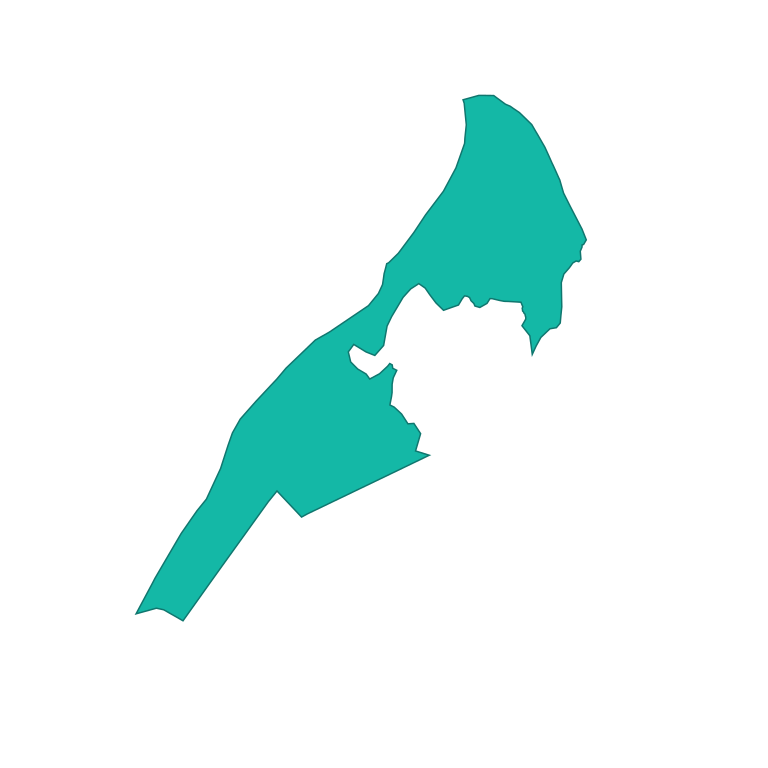 Takum, Taraba, Nigeria (Equal Earth projection), rotated 23°
{"feature_id": "59680162B27926848768432", "entity_name": "Takum", "entity_type": "district", "adm_level": 2, "iso_a3": "NGA", "parent_name": "Nigeria", "parent_adm1": "Taraba", "projection": "equal_earth", "projection_center": [9.974, 7.054], "detail": "fine", "context": "isolated", "style": "filled", "palette": "teal", "viewbox_px": 768, "rotation_deg": 23, "n_neighbors": 0, "source": "geoboundaries", "source_scale": "gbopen_adm2", "svg_char_len": 2391}
<svg xmlns="http://www.w3.org/2000/svg" viewBox="0 0 768 768"><g transform="rotate(23 384 384)"><path d="M345.7,91.5L348.1,94.2L358.5,113.3L362.4,126.0L363.9,130.2L364.2,131.2L365.8,156.9L363.4,183.3L356.2,211.9L352.3,232.8L346.1,258.1L345.1,260.5L340.9,270.6L339.5,272.2L340.4,278.1L341.0,282.4L342.3,287.2L343.8,293.0L343.5,302.9L339.1,317.9L338.8,318.4L313.4,357.6L303.6,370.4L296.5,387.0L288.1,406.6L287.7,407.5L283.4,421.4L280.5,429.2L273.0,449.7L265.4,472.4L263.6,488.2L264.4,501.1L266.1,520.1L266.6,525.6L265.5,559.4L261.4,573.7L259.4,583.1L257.8,590.9L255.7,600.9L250.2,643.7L249.1,652.3L248.7,657.6L246.2,685.4L245.6,692.4L262.1,679.3L269.4,677.9L291.5,680.5L300.6,639.3L300.9,637.9L306.1,614.6L323.5,537.6L327.3,524.3L360.1,538.7L364.3,533.4L424.7,464.7L434.0,454.1L451.1,434.6L453.5,431.9L439.2,433.3L437.1,415.4L426.9,408.6L421.6,411.3L412.0,404.8L402.4,401.3L397.6,401.0L395.9,392.9L394.8,388.8L391.6,381.1L390.1,374.7L390.4,366.4L385.9,366.1L384.1,363.2L381.3,362.9L380.4,366.2L375.9,376.3L368.9,385.0L363.7,381.8L354.0,380.5L344.7,376.7L338.6,368.4L340.7,359.4L354.9,361.5L364.4,361.3L368.6,348.7L364.2,329.5L364.7,319.0L367.7,296.8L371.4,286.1L376.8,278.0L384.4,279.6L391.2,283.9L400.2,289.1L407.4,291.9L410.0,292.9L415.2,288.1L421.7,282.2L422.7,274.9L423.7,271.4L426.6,270.7L429.0,271.0L430.7,272.5L431.5,273.3L435.3,274.8L437.2,276.7L442.3,276.1L447.3,269.6L448.2,264.0L450.2,263.2L453.1,262.7L457.9,261.9L462.4,260.9L466.0,259.5L473.0,257.0L478.1,255.2L481.6,258.7L481.6,260.3L482.3,261.3L483.1,262.7L484.0,263.0L485.5,264.3L486.3,264.5L486.9,265.1L487.4,266.1L488.1,266.7L488.7,267.8L489.1,269.0L488.7,272.5L488.2,276.4L488.3,276.5L499.4,282.6L508.9,298.8L509.2,289.5L510.2,279.8L515.2,268.3L520.7,264.8L522.4,259.0L521.4,255.9L520.1,251.9L517.5,243.5L516.1,240.4L515.1,238.2L507.6,221.4L506.6,212.5L509.2,204.6L510.5,198.8L512.8,195.7L515.5,195.3L516.5,192.2L515.1,189.5L512.8,185.1L512.8,180.7L512.0,178.5L513.2,177.6L513.9,172.3L505.7,164.0L504.1,162.7L486.0,147.7L474.7,138.1L470.2,132.6L466.0,127.4L464.8,126.4L458.9,120.9L454.0,116.4L452.7,115.3L446.8,109.8L439.6,103.2L434.3,99.2L428.5,94.8L424.0,91.5L418.7,87.5L412.1,84.9L402.8,81.3L398.4,80.4L394.8,79.7L394.0,79.5L391.6,79.0L386.5,79.0L383.5,78.3L380.6,77.6L375.9,76.5L372.3,75.6L370.6,76.3L366.5,78.0L363.7,79.1L358.5,81.3L352.0,86.5L345.7,91.5Z" fill="#14b8a6" stroke="#0f766e" stroke-width="1.5"/></g></svg>